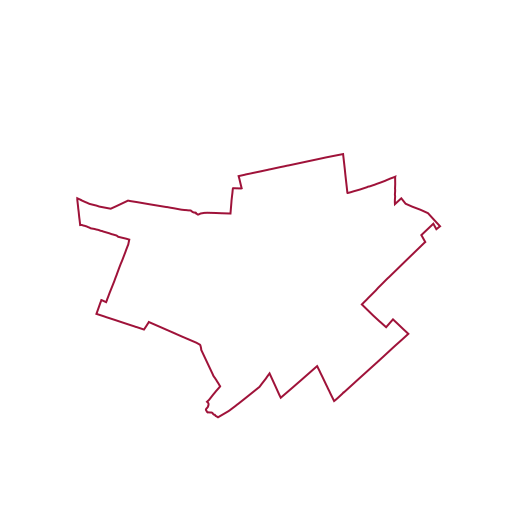 Movila Banului, Buzau, Romania, rotated 319°
{"feature_id": "2599482B74879636835293", "entity_name": "Movila Banului", "entity_type": "district", "adm_level": 2, "iso_a3": "ROU", "parent_name": "Romania", "parent_adm1": "Buzau", "projection": "mercator", "projection_center": [26.693, 44.979], "detail": "fine", "context": "isolated", "style": "outline", "palette": "rose", "viewbox_px": 512, "rotation_deg": 319, "n_neighbors": 0, "source": "geoboundaries", "source_scale": "gbopen_adm2", "svg_char_len": 5146}
<svg xmlns="http://www.w3.org/2000/svg" viewBox="0 0 512 512"><g transform="rotate(319 256 256)"><path d="M319.9,414.7L319.2,408.2L318.4,399.6L317.8,393.7L307.5,395.1L306.5,387.2L306.4,386.9L305.4,377.9L304.1,362.0L308.1,361.7L310.2,361.6L312.4,361.4L313.2,361.3L323.7,360.6L327.6,360.1L329.4,360.0L339.2,359.3L341.0,359.2L342.4,359.2L365.3,357.9L391.2,356.5L392.9,356.5L394.2,350.3L394.5,348.7L411.0,348.0L410.3,351.2L409.7,354.1L414.4,354.3L414.1,345.4L413.9,336.5L411.2,330.6L410.3,328.7L406.3,321.3L403.2,314.7L403.5,307.8L401.9,307.8L394.9,308.0L396.0,306.6L397.7,304.7L400.1,302.3L401.1,300.8L403.5,298.4L404.7,297.0L405.0,296.5L408.1,293.2L412.7,287.8L413.1,287.5L412.2,287.2L410.8,286.7L408.8,285.9L408.3,285.7L406.4,285.1L404.0,284.3L403.1,284.1L398.0,282.2L396.0,281.4L394.5,280.8L392.2,280.0L390.1,279.1L388.3,278.4L387.2,277.9L386.3,277.3L385.5,277.0L384.9,276.9L381.6,275.5L378.2,274.1L374.6,272.4L372.1,271.2L369.3,270.0L366.7,268.7L366.4,268.5L366.4,268.3L369.8,263.4L374.2,257.0L377.1,252.8L380.0,248.7L383.1,244.2L388.6,236.2L373.3,227.4L369.8,225.5L362.2,221.3L356.8,218.3L353.7,216.6L349.9,214.5L340.7,209.4L339.8,208.9L339.2,208.5L338.7,208.2L338.3,208.0L337.9,207.8L337.8,207.7L336.6,207.1L335.9,206.7L335.5,206.5L334.5,205.9L332.2,204.6L323.8,200.0L322.3,199.1L322.0,199.0L316.9,196.2L301.7,187.7L300.8,187.3L295.3,184.3L294.8,185.3L294.0,187.0L293.3,188.3L290.8,193.1L289.6,195.5L289.1,195.3L283.2,189.8L282.7,190.0L281.6,191.0L279.5,193.0L277.6,194.7L273.9,198.1L272.5,199.5L264.6,207.2L257.7,200.8L253.8,197.1L247.6,191.4L245.2,189.5L242.1,187.6L239.7,186.9L239.3,186.6L239.1,185.9L238.9,185.0L238.7,184.8L238.7,184.4L238.9,184.1L239.0,183.9L238.9,183.7L238.6,183.3L238.4,183.2L238.0,182.9L237.9,182.6L237.5,182.2L237.2,181.5L237.0,181.2L236.7,179.4L236.6,178.9L236.4,178.6L235.0,177.3L233.9,176.1L233.3,175.4L232.7,174.9L231.3,173.4L230.1,172.1L229.2,171.0L228.1,169.6L225.5,166.3L223.6,164.0L223.1,163.4L222.0,162.0L221.3,161.1L220.9,160.6L220.5,160.3L209.9,147.5L201.5,137.2L197.1,132.0L196.2,130.8L195.7,130.2L193.8,129.7L183.1,126.7L177.4,125.0L176.1,123.4L170.1,115.8L169.2,114.2L168.4,112.9L168.1,112.5L166.4,110.1L164.5,107.4L163.1,104.3L162.8,103.8L160.8,99.5L160.6,99.0L160.7,98.9L160.6,98.7L160.5,98.4L160.3,98.0L159.7,96.8L159.5,96.3L159.3,95.9L159.0,95.2L158.1,96.2L153.9,102.3L153.3,103.1L151.1,106.4L148.2,110.5L146.2,113.5L144.9,115.4L143.6,117.3L144.6,118.0L144.9,118.4L145.2,118.9L145.3,119.0L145.7,119.8L146.5,120.8L147.0,121.7L147.5,122.4L148.1,123.8L149.0,125.5L149.3,126.4L149.5,126.8L150.4,127.9L151.5,129.2L152.6,130.8L152.9,131.3L153.3,131.8L153.8,132.4L154.4,133.4L154.7,133.8L155.0,134.6L155.7,135.6L156.3,136.3L156.7,137.2L157.8,138.9L160.3,142.8L160.8,143.8L161.5,145.0L162.1,145.8L162.6,146.6L163.2,147.5L163.9,148.6L164.2,149.1L164.5,150.4L164.6,151.2L164.9,151.5L167.1,154.6L169.4,157.8L171.1,160.5L167.0,163.6L165.2,164.5L161.8,166.3L160.6,167.0L159.5,167.6L156.5,169.2L153.7,170.7L151.4,171.9L148.7,173.2L147.4,173.9L145.5,174.9L140.4,177.7L139.3,178.3L138.3,178.9L137.7,179.2L135.6,180.3L132.4,182.1L125.6,185.6L121.3,187.8L116.9,190.2L115.3,191.0L114.6,191.5L112.6,192.5L111.6,190.3L110.6,188.1L110.4,187.8L108.9,188.7L108.2,189.0L103.1,191.9L97.6,195.0L101.2,201.0L101.8,202.0L102.9,204.0L103.4,204.8L107.5,211.6L111.4,218.2L113.9,222.4L116.4,226.6L117.0,227.6L117.8,228.9L118.9,230.9L119.2,231.2L123.2,238.0L124.0,237.8L126.9,237.0L130.6,235.9L131.4,235.7L131.8,235.5L136.4,245.2L137.6,247.7L147.5,268.7L154.1,282.3L155.5,286.2L155.4,286.9L154.3,289.1L153.5,290.4L153.1,290.8L152.8,291.9L145.6,317.4L145.4,317.8L145.2,318.7L145.1,319.6L145.0,320.3L145.0,321.0L144.8,322.2L144.7,323.3L144.5,324.3L144.3,325.4L144.2,326.4L143.9,328.2L143.7,329.2L143.5,330.2L143.5,330.7L143.5,330.8L143.4,330.9L143.0,330.9L142.3,331.1L141.4,331.2L136.8,331.8L135.9,332.0L132.8,332.5L130.7,332.9L127.2,333.6L126.0,333.8L123.4,333.9L123.5,334.8L123.5,335.4L123.4,335.9L123.2,336.4L122.8,336.9L122.4,337.2L122.1,337.5L121.7,337.6L121.3,338.0L120.7,338.3L120.2,338.4L119.6,338.5L119.1,338.6L118.6,338.6L118.2,338.7L117.9,338.8L117.5,339.0L117.4,339.1L117.2,339.4L117.2,339.7L117.1,340.2L116.9,340.9L116.8,341.2L116.8,341.6L116.9,341.8L116.9,342.1L116.9,342.3L117.1,342.4L117.2,342.5L117.4,342.6L117.6,342.9L118.1,343.4L118.6,343.9L118.9,344.2L119.4,344.6L119.9,345.2L120.1,345.8L120.1,346.3L120.0,346.8L120.1,347.7L120.1,347.8L120.3,348.4L120.7,348.8L120.7,349.7L120.6,350.2L120.9,350.9L121.1,351.3L121.3,352.2L121.5,352.8L133.2,355.0L134.7,355.2L136.3,355.3L141.9,355.7L144.6,355.8L145.4,355.9L156.1,356.4L171.2,357.0L172.6,357.1L175.0,356.6L176.3,356.3L183.0,355.0L185.2,354.4L189.2,353.5L185.3,366.8L182.5,376.1L181.7,379.2L196.4,379.3L198.2,379.3L202.7,379.3L207.1,379.3L228.9,379.2L229.9,379.2L229.8,379.8L229.3,381.4L229.0,382.7L228.4,385.0L228.1,385.9L226.9,390.5L225.1,397.0L224.4,399.5L223.9,401.5L223.4,403.1L222.6,406.3L222.0,408.3L219.8,416.7L221.5,416.8L224.4,416.8L227.6,416.7L230.9,416.6L232.1,416.4L232.1,416.5L232.4,416.6L246.3,416.3L249.4,416.2L249.8,416.2L266.3,415.9L281.6,415.6L298.4,415.1L302.5,415.0L311.1,414.9L319.9,414.7Z" fill="none" stroke="#9f1239" stroke-width="2"/></g></svg>